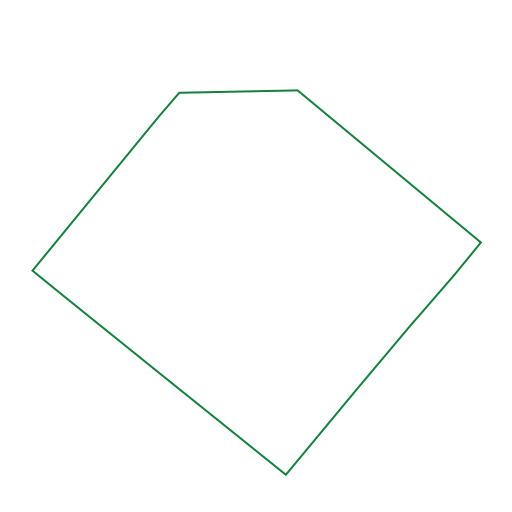 outline of Potter, Pennsylvania, United States of America, rotated 130°
{"feature_id": "52423323B68632918387185", "entity_name": "Potter", "entity_type": "district", "adm_level": 2, "iso_a3": "USA", "parent_name": "United States of America", "parent_adm1": "Pennsylvania", "projection": "robinson", "projection_center": [-77.898, 41.738], "detail": "fine", "context": "isolated", "style": "outline", "palette": "green", "viewbox_px": 512, "rotation_deg": 130, "n_neighbors": 0, "source": "geoboundaries", "source_scale": "gbopen_adm2", "svg_char_len": 349}
<svg xmlns="http://www.w3.org/2000/svg" viewBox="0 0 512 512"><g transform="rotate(130 256 256)"><path d="M101.1,92.4L102.4,330.6L180.3,419.7L211.5,420.1L410.9,417.8L410.3,378.0L408.0,262.6L406.8,207.0L404.4,92.5L333.3,92.9L296.2,93.1L291.5,93.1L207.4,93.0L190.4,92.6L142.7,91.9L101.1,92.4Z" fill="none" stroke="#15803d" stroke-width="2"/></g></svg>